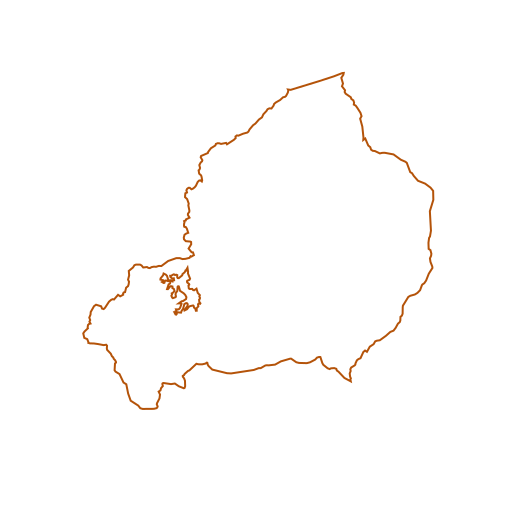 outline of Kyerwa, Kagera, United Republic of Tanzania, rotated 72°
{"feature_id": "72390352B12398012816015", "entity_name": "Kyerwa", "entity_type": "district", "adm_level": 2, "iso_a3": "TZA", "parent_name": "United Republic of Tanzania", "parent_adm1": "Kagera", "projection": "robinson", "projection_center": [30.816, -1.299], "detail": "fine", "context": "isolated", "style": "outline", "palette": "amber", "viewbox_px": 512, "rotation_deg": 72, "n_neighbors": 0, "source": "geoboundaries", "source_scale": "gbopen_adm2", "svg_char_len": 6140}
<svg xmlns="http://www.w3.org/2000/svg" viewBox="0 0 512 512"><g transform="rotate(72 256 256)"><path d="M404.5,204.6L402.6,204.4L401.7,203.6L399.9,203.8L396.7,203.2L394.6,201.5L392.9,201.3L391.5,200.0L390.5,195.9L390.0,195.1L388.9,194.6L386.4,192.3L385.7,190.5L385.5,188.2L380.5,183.6L379.6,181.5L381.4,180.1L377.4,175.8L376.2,171.4L374.0,169.0L373.9,167.2L374.4,164.3L372.1,157.2L369.7,151.7L369.5,148.3L367.5,145.4L364.2,141.9L363.3,139.7L362.0,138.7L358.5,137.4L357.8,135.7L356.2,134.4L350.1,132.3L348.6,131.6L347.2,129.9L342.0,123.8L341.5,121.6L341.7,116.8L341.0,113.9L339.2,110.5L335.0,107.2L334.5,106.5L333.9,104.4L331.9,101.8L326.2,97.1L321.9,91.9L320.4,91.6L315.5,91.9L312.0,91.3L309.9,89.4L308.0,88.5L304.3,88.3L302.6,89.6L296.7,87.9L292.3,85.8L291.2,84.5L286.0,81.8L267.1,76.8L257.4,70.0L248.8,67.4L244.9,68.9L239.4,72.8L234.5,78.7L228.6,81.2L225.5,82.0L223.9,83.4L214.0,83.8L212.5,84.8L209.2,88.5L201.9,93.8L197.6,101.7L196.9,104.1L196.7,106.5L192.9,110.5L192.0,112.5L190.4,113.7L187.8,113.7L185.6,115.1L178.0,115.8L178.8,118.1L176.6,117.2L165.8,114.9L157.6,114.5L155.6,112.4L152.1,112.4L146.3,113.9L143.8,114.7L142.2,116.2L140.4,115.3L138.1,115.3L136.1,116.8L134.3,116.8L129.3,120.6L127.4,121.0L125.9,120.1L121.2,121.8L118.9,120.0L112.9,119.8L110.6,116.9L109.0,116.0L108.7,117.4L109.2,126.5L109.2,142.2L108.7,171.7L107.5,174.2L108.5,174.1L110.4,175.2L113.1,178.0L113.6,179.3L113.4,181.2L115.1,184.9L116.1,189.7L117.0,191.8L118.4,192.8L120.5,195.7L119.7,197.7L120.0,199.7L121.3,201.2L123.5,205.2L126.0,207.5L127.1,211.0L129.9,215.7L130.7,218.3L133.6,223.0L135.3,224.7L135.9,226.0L135.7,230.5L136.1,235.6L135.4,236.9L136.0,238.6L137.6,238.9L138.7,241.2L140.8,249.1L139.2,249.5L138.6,254.6L137.4,256.2L136.9,257.6L137.0,259.5L138.3,260.5L139.6,265.6L142.2,269.3L143.2,270.0L143.9,277.3L145.0,278.1L148.3,277.4L149.3,278.1L150.0,279.7L152.0,281.8L155.0,282.0L156.3,283.0L156.8,284.1L160.1,284.6L162.4,283.3L163.9,283.3L167.4,283.8L168.4,284.5L166.8,285.6L166.7,286.9L167.6,288.6L170.6,291.4L171.7,293.1L172.5,295.3L172.6,296.8L170.7,297.9L170.3,299.1L170.8,300.7L172.0,301.9L174.3,302.0L174.5,303.8L176.8,304.8L178.1,305.3L180.6,303.9L185.4,303.8L186.9,304.7L192.1,305.3L193.4,305.8L194.7,307.6L195.9,308.1L199.0,307.4L199.6,311.4L200.5,311.8L200.6,313.6L201.9,313.6L203.2,314.5L205.2,315.2L206.2,315.1L206.6,313.9L208.6,313.3L213.0,313.3L213.1,315.4L213.7,317.4L216.2,319.0L217.9,319.3L220.2,318.2L222.0,314.0L222.6,313.4L224.8,314.0L228.1,317.8L232.5,316.1L233.1,314.8L236.0,314.8L236.6,317.7L236.0,318.3L237.2,319.8L236.9,324.0L236.2,326.9L234.5,329.1L233.4,332.4L233.6,341.1L236.3,349.1L235.4,351.5L235.4,354.4L234.6,356.3L234.3,358.7L234.7,360.7L234.0,362.1L232.8,363.1L232.1,366.8L229.6,367.8L228.3,369.0L227.1,372.8L227.2,374.5L228.9,376.5L230.9,381.6L235.2,382.6L239.0,385.0L241.2,384.7L243.6,385.9L245.1,387.0L246.0,389.3L249.9,391.7L249.8,393.1L250.6,394.0L251.8,394.3L252.4,397.6L250.3,399.2L253.5,404.5L252.8,405.5L252.9,407.2L254.0,409.9L258.6,415.6L259.4,417.3L258.4,418.7L256.0,418.8L252.9,423.2L253.7,425.6L258.2,430.5L260.6,431.5L263.1,433.6L265.7,433.5L267.0,434.7L269.1,434.3L269.0,435.7L269.7,437.1L271.9,438.2L272.8,438.2L274.8,442.4L276.2,444.2L280.8,444.6L282.9,442.2L286.3,442.0L286.8,442.3L287.8,440.9L289.1,437.2L290.9,433.5L293.7,428.4L294.1,425.9L295.3,425.4L297.7,426.4L299.2,426.6L304.0,424.3L306.8,424.0L308.4,423.1L309.7,423.1L311.6,422.2L313.4,421.9L314.1,422.1L314.6,423.3L321.0,425.8L322.6,425.3L326.1,422.3L335.4,421.1L337.9,419.0L347.3,420.1L354.9,419.9L361.9,414.2L365.0,413.1L366.4,411.1L369.8,400.3L370.0,397.5L369.2,396.4L368.6,396.0L366.4,396.2L365.5,395.7L361.6,391.8L358.1,390.1L354.9,390.5L354.3,388.4L352.4,387.2L350.9,384.8L348.7,384.6L348.2,384.1L348.2,383.2L351.6,376.4L352.2,372.6L356.0,369.7L359.5,365.5L359.4,364.7L357.9,363.6L352.7,362.1L350.2,362.2L348.2,362.9L347.4,362.7L347.0,361.2L346.1,360.3L344.3,356.2L344.2,354.7L340.1,346.0L341.2,344.2L342.4,340.7L342.7,337.4L342.2,335.7L342.5,335.3L344.5,335.5L346.0,335.1L350.5,332.7L358.5,319.8L360.0,315.9L363.7,293.3L363.5,288.1L364.1,286.1L363.0,281.0L363.2,279.6L363.9,277.8L365.2,271.4L363.9,264.9L364.2,255.2L364.5,254.3L369.5,250.5L371.0,248.1L373.6,240.8L373.8,237.5L372.8,231.7L371.5,229.4L371.5,227.2L372.0,226.0L378.4,226.0L380.3,225.6L384.9,222.6L386.3,220.9L386.0,219.4L386.8,216.2L388.1,214.5L389.9,214.5L391.5,213.3L399.3,209.6L404.5,204.6ZM273.1,322.8L275.9,321.5L277.0,322.4L278.6,322.2L279.5,322.8L279.9,323.6L281.1,323.9L282.2,324.1L283.8,323.5L284.2,324.0L283.8,324.4L283.6,325.6L284.1,326.1L286.1,326.4L287.3,328.6L289.7,329.3L289.5,330.1L287.1,330.0L285.9,330.9L284.3,330.7L283.6,331.1L283.3,334.3L283.7,335.8L285.3,338.0L285.7,340.8L285.2,340.7L282.4,336.7L281.3,336.0L280.2,335.9L279.5,336.3L279.2,337.1L279.6,339.0L283.7,341.7L285.1,343.6L286.7,344.8L285.4,347.8L286.0,349.4L286.7,349.4L287.1,350.0L286.7,350.6L284.3,351.0L284.5,350.4L283.8,349.9L284.0,349.0L283.6,348.6L282.0,348.6L282.8,346.4L282.6,345.4L281.8,344.2L278.5,341.6L277.9,341.9L277.2,344.2L276.1,340.7L276.3,339.4L275.3,335.8L273.6,334.9L271.2,335.3L269.1,336.3L265.7,339.0L261.1,338.8L260.7,339.4L261.1,340.1L264.9,341.6L266.4,343.7L267.7,344.4L269.6,344.6L270.3,345.2L270.4,348.1L269.6,348.6L267.7,348.8L266.7,347.8L265.5,347.7L265.2,346.1L264.0,344.3L261.9,344.3L260.7,345.4L259.2,344.9L258.5,346.0L258.3,346.8L260.3,350.0L260.0,350.8L256.0,347.9L255.6,346.3L253.6,344.9L253.0,345.0L252.9,347.1L251.4,349.3L251.7,350.4L253.2,351.4L253.1,352.2L251.7,353.4L251.4,352.3L250.4,351.7L248.9,354.2L247.8,353.7L245.7,350.4L244.1,349.3L245.9,347.5L247.4,346.8L251.7,346.8L252.4,346.1L252.7,344.5L254.2,343.3L253.7,343.1L253.8,341.4L251.8,341.1L251.6,342.6L249.4,343.9L248.3,343.7L248.6,342.8L248.0,340.1L248.3,339.4L249.1,338.9L249.1,337.7L249.8,336.8L251.9,337.5L252.8,337.3L253.2,336.3L251.6,332.2L250.5,331.5L249.4,328.8L248.0,327.5L248.4,327.0L248.1,326.2L247.1,326.0L246.0,324.8L250.1,325.5L251.5,326.1L257.2,325.7L258.1,326.6L258.3,329.0L258.6,329.4L259.9,329.6L261.9,328.3L262.6,328.3L263.3,329.4L266.1,329.9L266.9,329.3L267.6,326.8L269.0,326.3L269.5,325.4L268.7,322.7L273.1,322.8Z" fill="none" stroke="#b45309" stroke-width="2"/></g></svg>